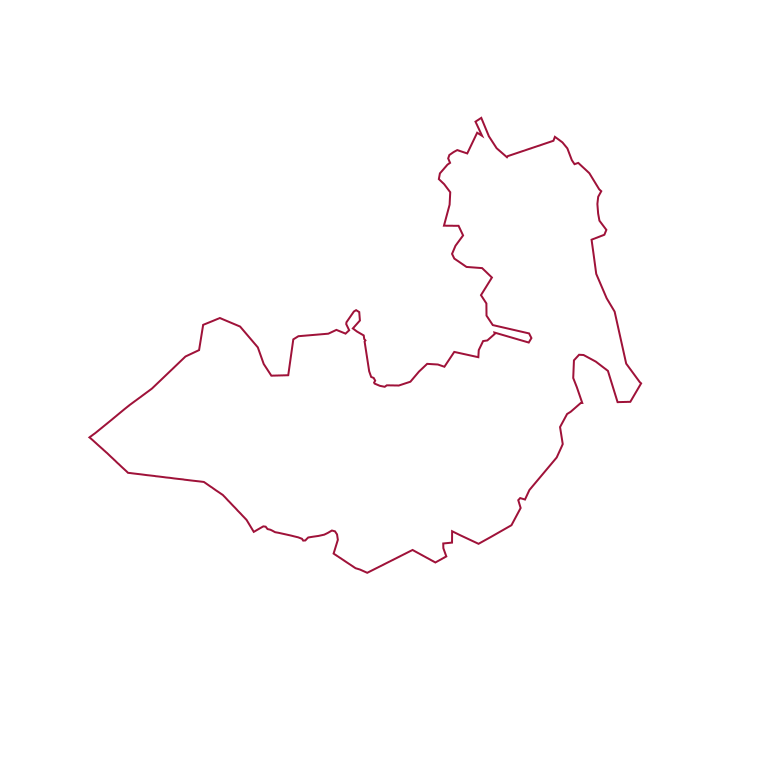 the district of Bara, North Kordufan, Sudan, rotated 151°
{"feature_id": "16777658B73241781951906", "entity_name": "Bara", "entity_type": "district", "adm_level": 2, "iso_a3": "SDN", "parent_name": "Sudan", "parent_adm1": "North Kordufan", "projection": "mercator", "projection_center": [31.071, 14.012], "detail": "fine", "context": "isolated", "style": "outline", "palette": "rose", "viewbox_px": 768, "rotation_deg": 151, "n_neighbors": 0, "source": "geoboundaries", "source_scale": "gbopen_adm2", "svg_char_len": 3334}
<svg xmlns="http://www.w3.org/2000/svg" viewBox="0 0 768 768"><g transform="rotate(151 384 384)"><path d="M569.6,317.8L569.4,317.8L565.0,317.9L558.6,318.0L556.7,316.6L556.2,313.6L554.0,311.6L552.6,309.6L551.1,307.2L548.4,305.0L538.9,296.6L535.7,293.6L533.4,291.5L530.8,288.4L530.6,286.2L528.6,285.3L526.9,285.9L524.7,286.5L520.5,285.0L515.0,282.9L509.3,281.2L505.4,281.0L500.6,281.1L498.3,278.9L498.0,275.2L499.9,270.1L510.3,260.1L498.2,236.7L495.0,233.4L490.2,227.0L439.5,225.0L425.6,203.0L413.1,203.0L411.7,211.6L409.5,215.8L401.4,212.3L395.8,222.2L390.6,214.7L378.8,198.4L365.0,198.4L341.0,198.7L324.6,209.3L322.9,217.3L320.2,218.2L316.7,214.6L308.2,220.8L268.6,236.0L259.4,242.8L256.8,244.8L250.9,261.0L238.4,269.0L234.2,269.2L221.1,272.0L219.8,271.3L216.9,287.7L215.6,297.5L206.4,312.6L199.2,315.0L195.4,312.6L187.9,300.9L181.8,286.9L188.5,254.9L177.2,249.0L158.8,259.9L159.4,261.7L162.3,284.4L147.2,335.5L147.7,351.0L145.0,377.4L137.7,396.1L132.5,409.6L118.9,407.7L114.8,411.0L116.4,422.4L114.1,429.2L110.1,438.0L105.9,443.9L100.5,447.3L101.4,449.9L102.2,468.8L106.9,483.2L110.8,483.9L111.2,488.7L109.4,501.2L110.8,508.8L112.5,512.6L114.7,517.3L117.9,514.6L165.3,523.3L166.5,522.7L171.2,535.6L172.2,550.2L172.1,550.4L169.9,569.6L176.8,569.1L177.9,553.5L178.6,554.8L180.7,558.6L199.4,545.3L206.6,553.1L210.7,553.1L215.8,552.6L218.5,550.2L219.0,545.4L222.1,545.1L233.0,541.1L236.7,536.6L234.5,529.6L233.1,519.6L239.7,509.0L254.8,493.4L242.1,486.2L242.8,475.6L254.4,470.3L261.4,464.8L261.7,459.6L255.1,446.4L242.0,437.8L238.0,424.8L256.1,414.7L255.4,404.8L261.2,394.1L260.3,382.8L232.6,357.9L232.8,352.7L237.3,350.1L262.5,375.5L262.9,374.1L272.5,372.0L276.5,373.5L284.7,367.7L288.5,361.7L307.0,378.0L322.8,369.8L327.4,374.9L336.5,380.7L347.4,377.9L359.8,373.2L371.8,375.5L382.2,381.5L384.7,381.2L388.5,384.4L392.0,388.9L392.0,390.0L390.1,391.2L390.1,394.3L391.8,396.4L390.8,402.3L380.4,430.5L379.1,431.1L379.5,432.9L378.2,436.3L382.2,443.0L384.3,447.7L374.3,451.2L370.8,458.9L372.6,462.1L375.2,462.0L386.9,456.2L388.0,454.7L388.4,447.9L393.2,446.7L399.4,454.4L408.3,455.0L435.7,467.3L441.7,467.0L463.5,438.1L478.5,445.9L479.5,459.8L476.6,477.2L482.0,504.0L495.6,521.3L503.6,522.2L513.5,523.4L529.3,503.3L544.3,504.3L574.3,496.4L589.2,492.5L616.9,488.9L623.3,487.8L643.7,484.0L660.6,481.0L662.4,480.8L665.2,480.4L666.5,480.3L667.5,480.1L667.4,479.9L666.5,477.5L666.2,476.7L663.7,469.3L661.8,463.9L661.6,463.4L661.2,462.0L660.8,461.0L660.1,458.9L659.7,457.9L659.4,456.9L658.3,453.3L658.1,452.7L657.0,449.4L656.9,448.8L656.8,448.7L656.4,447.5L656.2,446.8L655.7,445.1L655.2,443.5L654.9,442.8L654.7,442.1L653.8,439.2L653.3,437.7L652.1,434.1L651.5,432.3L651.0,430.5L650.1,429.8L649.7,429.5L648.9,429.0L648.4,428.6L645.8,426.7L640.5,422.9L638.6,421.5L635.5,419.2L633.5,417.8L629.0,414.6L628.6,414.2L625.6,412.1L621.5,409.1L619.9,407.9L616.7,405.7L613.4,403.2L609.2,400.2L608.9,400.0L605.9,397.9L605.1,397.2L598.6,392.5L592.4,388.1L589.5,386.0L589.0,385.6L588.0,383.6L585.4,378.3L584.9,377.4L582.6,372.6L581.3,370.1L578.9,365.3L578.7,364.9L578.5,364.0L577.9,361.9L576.7,357.0L576.6,356.8L575.7,353.3L574.9,350.2L574.3,348.1L573.6,345.3L573.4,344.3L572.1,339.6L571.7,337.9L570.9,334.9L570.7,334.2L570.6,333.6L570.5,333.2L570.2,332.4L570.2,332.0L570.1,331.8L569.8,323.6L569.6,317.8Z" fill="none" stroke="#9f1239" stroke-width="2"/></g></svg>